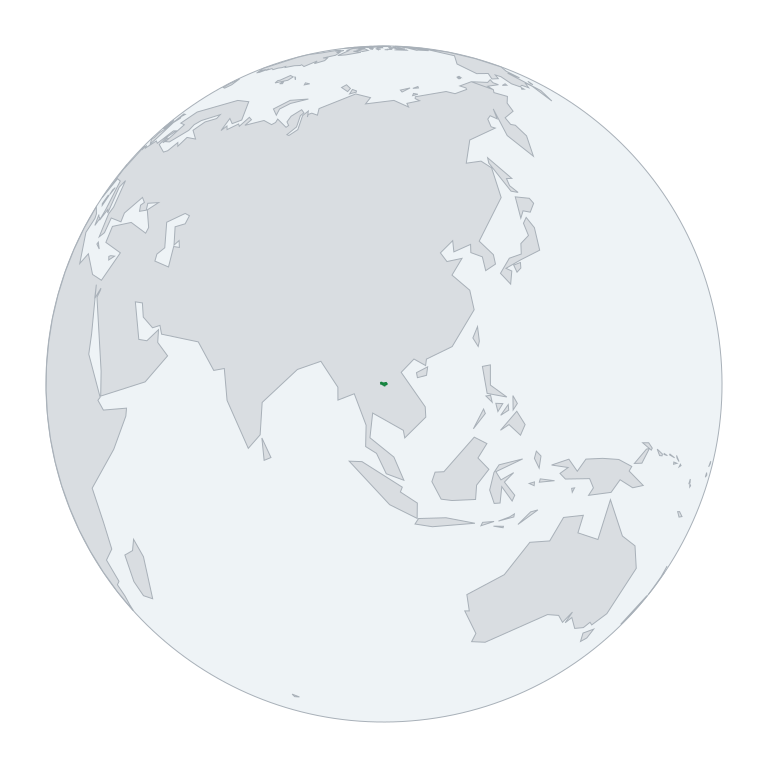 Vientiane [prefecture] on an orthographic globe, rotated 354°
{"feature_id": "LAO-3283", "entity_name": "Vientiane [prefecture]", "entity_type": "Prefecture", "adm_level": 1, "iso_a3": "LAO", "parent_name": "Laos", "parent_adm1": "", "projection": "orthographic", "projection_center": [102.591, 18.122], "detail": "fine", "context": "on_globe", "style": "filled", "palette": "green", "viewbox_px": 768, "rotation_deg": 354, "n_neighbors": 0, "source": "natural_earth", "source_scale": "10m", "svg_char_len": 11311}
<svg xmlns="http://www.w3.org/2000/svg" viewBox="0 0 768 768"><g transform="rotate(354 384 384)"><circle cx="384" cy="384" r="338" fill="#eef3f6" stroke="#a8b0b8"/><path d="M700.9,494.9L700.3,497.1L700.1,497.5L700.9,494.9ZM533.7,81.0L538.2,85.7L550.8,93.7L539.4,87.8L570.7,108.6L580.5,120.1L562.6,103.4L555.6,99.2L558.9,104.5L552.4,101.4L550.3,102.6L542.2,98.8L532.4,90.6L527.0,88.3L529.6,92.3L523.2,91.9L520.1,86.1L508.6,85.0L490.1,73.4L488.4,64.9L471.4,59.1L456.1,53.9L482.7,60.8L508.6,69.9L533.7,81.0ZM420.0,48.0L419.4,47.9L414.0,47.4L413.3,47.4L420.0,48.0ZM694.4,250.5L694.4,250.4L694.4,250.5ZM561.3,100.8L558.7,98.0L563.4,101.9L561.3,100.8ZM551.4,103.5L554.2,105.4L551.9,105.3L551.4,103.5ZM537.4,99.7L532.9,99.4L535.8,98.1L537.4,99.7ZM529.1,98.3L518.2,98.7L523.5,102.7L502.4,92.5L518.6,94.9L521.4,92.5L523.9,95.8L529.1,98.3ZM440.8,50.9L456.5,54.0L458.3,54.7L449.1,52.6L455.5,54.6L443.4,52.5L437.2,51.0L438.4,50.7L432.9,50.3L430.4,49.3L440.8,50.9ZM492.5,87.3L488.4,86.5L490.8,85.8L492.5,87.3ZM419.2,47.9L424.3,48.5L426.3,49.1L416.3,48.0L418.9,48.1L419.2,47.9ZM463.1,56.5L462.8,57.1L452.9,55.5L451.5,55.6L443.3,52.6L463.1,56.5ZM415.7,47.8L411.2,47.6L405.3,47.0L414.2,47.5L415.7,47.8ZM431.0,49.8L431.4,50.1L427.9,49.5L431.0,49.8ZM382.0,46.1L388.1,46.2L389.7,46.3L382.0,46.1ZM409.9,47.6L411.9,47.9L413.2,48.1L409.1,48.0L409.9,47.6ZM436.9,51.9L432.9,51.3L439.8,53.0L432.6,52.4L428.5,50.7L427.3,51.1L425.1,51.0L424.2,49.9L436.9,51.9ZM408.9,48.8L401.1,47.3L389.4,46.9L387.7,46.6L406.9,47.5L408.9,48.8ZM417.9,49.5L411.9,48.9L412.9,48.5L417.6,48.6L417.9,49.5ZM429.3,52.8L441.3,54.1L441.8,54.5L429.3,52.8ZM405.3,48.7L407.2,49.1L404.3,48.7L405.3,48.7ZM421.7,51.4L425.9,51.7L426.3,52.1L421.7,51.4ZM407.6,50.0L405.1,49.3L408.2,49.2L407.6,50.0ZM413.9,50.7L413.5,51.2L410.8,49.6L415.7,50.7L413.9,50.7ZM421.5,51.8L423.1,52.1L419.6,51.6L421.5,51.8ZM397.3,51.1L393.1,49.1L400.0,48.7L403.1,50.6L397.3,51.1ZM116.4,177.7L115.8,184.7L113.9,189.0L103.4,202.0L94.0,232.4L103.6,223.6L105.6,244.6L113.8,251.3L135.5,226.0L122.2,214.1L130.4,198.9L149.5,196.9L162.7,209.1L166.3,203.8L166.8,186.1L178.8,180.0L168.0,179.6L165.7,186.3L158.9,186.7L160.6,180.7L164.7,178.4L163.3,173.2L143.7,186.8L139.3,195.2L130.1,190.4L121.8,204.3L116.1,207.9L127.9,186.0L133.6,179.8L148.2,154.7L141.3,160.5L127.1,185.1L127.5,181.6L118.2,191.4L125.6,181.3L142.9,154.6L140.5,152.0L123.2,169.2L151.4,138.9L148.2,142.6L156.1,135.5L170.9,122.3L167.6,125.9L172.8,121.8L171.5,124.4L183.0,118.5L183.7,120.9L201.0,110.3L203.7,110.5L192.7,116.4L185.5,122.4L188.9,130.3L193.3,129.4L204.2,122.3L203.8,126.0L213.9,118.2L222.2,120.7L220.6,111.7L233.4,104.7L245.3,102.5L249.3,99.0L229.9,102.9L222.4,106.2L216.4,111.3L195.9,120.8L191.9,120.1L212.5,105.3L209.2,103.3L226.6,94.0L268.2,86.7L279.0,89.1L270.1,106.6L260.2,109.2L258.5,103.8L248.4,114.9L254.8,111.0L254.5,114.6L266.6,110.2L267.0,112.6L278.0,104.7L279.8,107.3L272.7,112.2L292.2,109.4L299.3,114.3L303.5,112.6L306.0,109.4L313.4,118.5L316.2,116.9L314.9,113.2L319.6,108.0L330.8,102.6L332.7,106.0L328.9,108.4L323.9,119.2L313.5,125.9L315.4,126.9L324.9,122.0L331.1,108.6L337.3,104.6L335.7,110.5L336.8,108.0L340.5,107.1L345.9,109.7L348.2,103.3L386.2,92.6L400.5,97.8L394.9,103.5L423.5,103.0L437.4,111.1L436.1,107.3L449.0,106.0L444.8,103.4L445.2,101.6L476.3,99.6L485.0,102.7L497.0,99.7L496.4,98.1L490.6,95.5L502.4,92.5L523.5,102.7L523.8,105.7L536.8,110.9L535.8,117.5L540.9,126.2L532.3,131.9L537.1,139.1L541.7,140.4L551.7,152.1L556.4,173.1L532.5,149.8L521.4,121.8L524.2,132.1L517.6,128.3L514.9,131.4L517.4,139.4L521.4,141.1L494.8,150.3L488.9,173.0L503.8,172.5L513.6,180.3L520.0,210.8L493.6,251.9L506.3,266.8L507.4,276.4L497.0,281.9L495.1,267.8L484.1,262.4L484.7,254.2L467.3,259.9L467.3,248.6L453.8,259.5L459.4,268.8L474.7,267.2L463.0,282.8L479.1,299.7L481.4,319.6L455.7,353.9L428.8,363.7L427.3,370.0L416.4,362.3L402.3,374.2L422.6,411.0L422.1,421.3L399.0,439.8L398.4,432.1L369.7,411.7L364.4,436.0L386.2,457.7L393.7,481.8L376.9,473.5L369.3,452.2L359.2,444.3L361.9,423.1L353.4,390.6L336.5,395.2L337.8,382.4L323.6,354.8L299.4,360.5L260.9,389.6L255.5,421.6L242.3,433.8L226.2,383.9L226.8,351.9L216.1,352.7L203.7,322.7L168.0,311.2L167.3,302.3L159.7,303.9L151.6,292.3L152.2,278.1L145.3,276.3L144.8,314.0L152.7,316.2L165.4,306.4L163.3,319.0L171.7,333.4L146.7,356.9L101.0,366.4L104.0,341.7L107.6,267.7L111.6,261.4L112.0,260.6L112.5,259.1L105.2,268.8L108.3,255.1L98.4,303.8L93.5,323.4L100.3,367.5L97.8,370.3L102.2,380.6L125.4,381.1L123.9,388.9L108.4,420.7L82.9,457.1L90.6,492.3L96.0,519.7L89.6,530.1L99.8,552.5L97.9,555.8L104.2,567.7L108.1,577.1L111.1,583.2L110.6,582.7L97.2,562.7L85.2,541.7L74.7,520.0L65.7,497.6L58.5,474.6L52.8,451.2L48.9,427.4L46.6,403.3L46.1,379.2L47.3,355.1L50.2,331.2L54.9,307.5L61.1,284.2L69.1,261.4L78.6,239.3L89.7,217.9L102.3,197.3L116.4,177.7ZM169.0,237.8L181.9,245.1L189.2,225.3L194.8,226.8L195.2,219.9L189.7,223.9L192.7,205.8L203.0,203.9L208.1,196.3L204.1,193.6L184.8,200.4L180.2,225.6L171.7,231.1L169.0,237.8ZM202.7,99.8L197.9,103.3L192.0,106.9L191.1,106.6L199.7,101.1L202.7,99.8ZM192.6,107.7L213.2,94.5L214.6,95.1L210.3,96.8L209.1,98.5L202.0,101.9L183.1,116.3L176.7,120.7L178.5,116.2L181.5,114.8L185.9,111.1L192.6,107.7ZM263.5,68.7L272.4,65.4L263.8,70.5L256.5,73.1L255.1,72.3L263.0,68.7L263.5,68.7ZM406.6,46.8L406.8,46.9L402.3,46.8L397.8,46.6L398.8,46.4L392.1,46.4L390.1,46.1L384.7,46.1L378.7,46.1L406.6,46.8ZM332.2,50.1L332.3,50.1L339.9,49.0L340.5,48.9L334.7,49.7L344.9,48.4L345.0,48.5L356.7,48.2L371.4,47.3L376.1,47.6L370.4,48.0L379.0,48.1L371.4,49.4L374.5,49.8L370.2,52.0L357.4,53.4L361.9,53.9L358.8,56.2L348.3,58.1L351.3,55.8L337.6,59.9L335.5,57.9L334.0,58.5L328.3,58.1L318.8,58.9L319.4,57.9L315.5,58.7L311.6,58.8L306.4,59.8L305.6,58.6L299.2,59.8L302.5,58.6L291.6,61.3L299.4,58.9L295.1,59.4L289.8,61.5L296.4,57.6L332.2,50.1ZM395.7,51.7L380.8,52.7L372.4,52.5L383.5,48.9L381.6,48.4L388.4,47.1L400.5,47.7L397.5,47.9L397.3,48.3L393.6,47.9L396.5,48.6L392.4,49.1L393.5,49.9L388.3,49.9L395.7,51.7ZM118.2,185.7L117.9,187.8L118.9,189.5L113.0,196.1L118.2,185.7ZM129.5,167.4L130.2,167.8L122.4,177.0L122.7,175.2L129.5,167.4ZM137.3,160.6L130.9,167.1L134.5,162.5L137.3,160.6ZM194.0,116.7L195.6,117.2L193.1,119.1L189.2,121.0L194.0,116.7ZM307.1,73.2L310.2,71.1L312.3,71.0L323.3,67.4L325.8,69.1L320.1,71.9L307.1,73.2ZM129.4,228.7L123.2,231.9L123.7,228.3L125.7,227.8L129.4,228.7ZM114.7,213.0L114.9,220.0L113.1,214.8L114.7,213.0ZM311.6,74.5L315.9,72.6L314.5,74.7L311.6,74.5ZM328.1,70.2L327.6,72.3L327.4,68.9L328.1,70.2ZM260.2,682.8L267.2,686.4L262.5,685.6L260.2,682.8ZM126.7,530.6L131.5,573.4L122.7,569.4L114.6,554.3L108.4,527.0L116.5,523.4L118.7,512.3L126.7,530.6ZM478.0,536.8L487.9,538.0L487.4,539.4L478.0,536.8ZM467.6,531.9L479.1,532.2L465.6,535.1L467.6,531.9ZM483.5,532.3L495.1,529.3L500.1,526.8L499.2,529.8L483.5,532.3ZM459.9,532.0L417.2,531.0L400.2,526.5L404.3,521.4L431.7,523.5L459.9,532.0ZM402.9,521.1L377.0,504.6L341.3,457.1L354.0,458.9L391.4,488.5L389.0,493.1L404.7,505.9L402.9,521.1ZM465.5,494.3L463.0,508.4L439.5,507.0L428.8,504.5L421.4,486.1L425.6,477.0L434.4,477.5L468.2,446.3L480.1,454.0L469.7,467.4L479.4,479.8L465.5,494.3ZM256.9,424.9L263.9,445.3L256.8,447.4L256.9,424.9ZM481.7,423.9L468.2,437.9L480.4,419.3L481.7,423.9ZM488.8,406.3L489.7,413.4L484.1,406.6L488.8,406.3ZM427.2,379.8L417.9,381.2L417.5,376.1L429.2,371.5L427.2,379.8ZM483.0,336.7L483.3,351.4L481.6,356.5L477.2,347.5L483.0,336.7ZM338.6,92.7L320.4,95.2L308.9,99.6L305.0,105.4L302.8,98.9L320.4,92.1L338.6,92.7ZM380.1,91.9L383.4,87.8L387.2,89.6L387.0,90.8L380.1,91.9ZM378.4,89.4L372.8,84.7L378.0,82.5L381.5,86.6L378.4,89.4ZM341.5,77.7L336.0,78.2L337.3,76.3L341.5,77.7ZM623.0,622.3L623.2,622.6L613.7,631.8L602.0,642.0L594.3,647.7L623.0,622.3ZM552.5,660.6L555.9,652.5L566.9,649.7L559.1,657.8L552.5,660.6ZM632.4,613.1L624.9,621.0L630.9,614.4L639.5,604.6L646.5,594.7L641.0,603.0L643.0,601.0L632.4,613.1ZM522.5,630.4L457.6,651.4L444.2,649.4L449.3,641.7L440.6,618.1L445.1,618.6L444.4,602.1L483.7,586.2L512.5,556.7L532.4,557.4L548.6,535.5L568.5,535.4L561.3,552.3L580.5,561.0L597.1,522.7L605.2,560.1L616.7,571.2L615.6,593.7L581.6,635.7L565.4,645.3L564.0,642.5L556.8,647.1L548.1,647.0L546.4,635.9L539.2,640.4L547.6,630.5L536.6,639.7L533.5,632.4L522.5,630.4ZM662.7,541.6L664.6,541.8L666.5,547.0L663.5,547.2L662.7,541.6ZM695.6,505.8L695.5,508.3L693.8,510.3L695.6,505.8ZM700.1,497.5L698.2,500.3L700.9,494.9L700.1,497.5ZM677.7,515.3L678.3,517.2L677.3,518.4L677.7,515.3ZM676.9,514.8L678.7,510.5L678.0,514.4L676.9,514.8ZM668.8,497.3L670.4,494.8L670.9,496.2L668.8,497.3ZM502.5,537.7L516.5,526.5L523.9,525.3L502.5,537.7ZM667.1,493.5L663.6,494.1L664.1,491.9L667.1,493.5ZM667.7,488.5L667.5,485.6L669.3,492.0L667.7,488.5ZM661.1,483.6L665.3,487.8L660.6,484.3L661.1,483.6ZM658.4,484.9L655.1,483.3L655.4,482.4L658.4,484.9ZM618.7,496.2L631.2,512.0L620.5,513.2L608.8,503.9L598.5,515.5L575.8,516.1L581.4,509.2L578.6,499.6L554.5,497.5L549.7,491.3L558.4,486.3L542.2,482.1L560.0,478.1L567.1,491.0L577.0,479.8L593.7,480.8L609.6,483.6L621.8,491.9L618.7,496.2ZM559.7,507.4L562.7,507.2L559.9,511.4L559.7,507.4ZM648.9,477.3L653.6,482.8L653.0,484.5L650.6,484.0L648.9,477.3ZM624.7,489.2L638.2,476.2L641.2,475.9L632.2,489.7L624.7,489.2ZM635.1,469.5L641.1,470.1L644.1,475.8L642.9,477.7L635.1,469.5ZM523.4,497.1L522.7,500.8L518.0,498.1L523.4,497.1ZM529.5,494.7L543.5,498.0L528.2,497.9L529.5,494.7ZM486.1,482.9L490.3,491.6L503.7,485.7L493.5,494.1L502.4,508.3L499.2,513.8L490.4,498.4L487.0,514.5L481.1,514.3L478.0,500.5L484.1,483.5L490.0,476.4L514.1,473.0L486.1,482.9ZM529.5,483.9L525.8,473.7L528.5,466.7L532.6,472.0L529.5,483.9ZM514.4,449.2L504.1,437.4L495.0,442.2L513.2,425.0L520.1,439.1L514.4,449.2ZM505.3,423.0L496.8,427.3L505.4,417.4L505.3,423.0ZM494.4,423.3L493.2,414.9L500.1,415.9L494.4,423.3ZM509.7,423.3L511.0,409.0L514.6,417.3L509.7,423.3ZM489.7,396.2L504.8,409.8L485.6,404.1L483.7,376.8L491.8,376.1L489.7,396.2ZM528.0,286.7L525.4,279.3L532.4,277.4L532.2,283.0L528.0,286.7ZM552.8,267.2L533.4,274.6L517.4,281.7L522.9,285.0L520.4,297.9L511.4,286.1L521.8,272.0L534.1,269.1L534.8,258.6L543.2,251.4L539.5,238.7L542.8,233.2L549.9,244.2L552.8,267.2ZM537.4,233.4L534.1,211.6L547.9,214.5L551.7,219.9L547.4,228.4L540.4,226.3L537.4,233.4ZM537.4,207.5L530.5,205.5L511.3,175.2L510.7,169.8L532.6,192.9L527.3,192.5L529.6,199.9L537.4,207.5ZM490.3,88.3L488.6,86.7L492.3,88.2L490.3,88.3ZM442.6,100.2L443.7,98.1L448.0,99.4L442.6,100.2ZM449.2,93.2L443.6,93.0L448.8,91.7L449.2,93.2ZM431.0,93.4L440.9,92.3L432.5,95.5L431.0,93.4Z" fill="#d9dde1" stroke="#a8b0b8" stroke-width="1"/><path d="M381.3,383.5L381.1,383.5L380.9,383.5L380.9,383.4L380.9,383.1L381.0,382.7L380.9,382.4L381.0,382.3L381.3,382.4L381.5,382.2L381.8,382.2L382.0,382.3L382.1,382.6L382.3,382.7L382.5,382.8L382.8,382.9L383.1,382.9L383.2,383.0L383.4,383.0L383.5,383.1L383.7,383.3L383.9,383.3L384.0,383.3L384.4,383.2L384.6,383.1L384.8,383.1L385.0,383.0L385.5,382.9L385.8,383.0L386.0,383.1L386.3,383.2L386.3,383.4L386.3,383.5L386.3,383.8L386.3,384.0L386.5,384.0L386.6,383.9L386.7,383.7L386.8,383.9L386.7,383.9L386.7,384.0L386.7,384.5L386.5,384.8L386.4,384.8L386.1,384.7L385.9,384.7L385.5,384.9L385.4,384.9L385.3,385.0L385.0,385.2L384.8,385.4L384.7,385.4L384.5,385.5L384.4,385.6L384.5,385.7L384.5,385.8L384.4,385.8L384.1,385.7L384.1,385.2L383.9,384.9L383.4,384.9L383.2,384.9L382.8,384.6L382.7,384.5L382.4,384.4L382.1,384.2L381.9,384.0L381.9,383.9L381.7,383.7L381.3,383.5Z" fill="#22c55e" stroke="#15803d" stroke-width="1.5"/></g></svg>